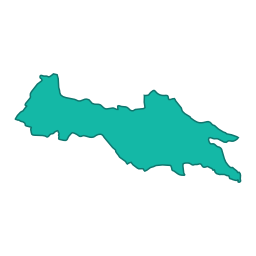 SVG path tracing the border of Sucumbios
{"feature_id": "ECU-1411", "entity_name": "Sucumbios", "entity_type": "Province", "adm_level": 1, "iso_a3": "ECU", "parent_name": "Ecuador", "parent_adm1": "", "projection": "orthographic", "projection_center": [-76.613, 0.009], "detail": "fine", "context": "isolated", "style": "filled", "palette": "teal", "viewbox_px": 256, "rotation_deg": 0, "n_neighbors": 0, "source": "natural_earth", "source_scale": "10m", "svg_char_len": 5041}
<svg xmlns="http://www.w3.org/2000/svg" viewBox="0 0 256 256"><path d="M53.6,73.9L57.1,74.7L58.2,78.7L58.7,87.5L59.5,90.3L59.8,92.7L60.7,94.9L62.9,96.6L65.8,97.6L74.7,99.4L76.2,100.0L77.4,100.6L78.7,101.0L80.5,100.9L84.7,99.3L86.2,99.1L87.3,99.3L89.0,99.8L92.2,103.4L94.7,104.2L98.0,104.3L99.0,104.4L100.4,104.9L101.2,105.5L103.1,107.3L104.5,108.4L105.7,108.8L106.9,108.9L112.7,108.0L113.7,108.1L116.7,109.4L117.9,109.4L117.7,106.1L118.8,105.7L121.6,106.5L125.7,106.9L126.9,107.3L128.2,108.2L130.4,110.3L132.0,110.8L133.2,110.7L135.3,109.5L143.6,108.6L145.0,107.6L144.2,102.1L144.4,95.9L144.3,95.4L145.1,95.5L146.9,95.4L147.8,95.2L148.6,95.0L150.6,92.5L151.1,92.1L151.5,91.8L153.0,90.7L154.0,90.4L154.8,90.8L157.1,93.2L158.7,94.3L160.3,95.0L162.1,95.4L164.1,95.5L166.0,95.4L166.9,95.5L167.6,95.8L168.1,96.7L168.5,98.9L169.0,99.5L170.5,99.5L172.6,98.8L174.4,98.6L175.2,99.8L175.6,100.8L181.2,107.8L181.6,108.9L182.0,110.5L182.9,111.8L184.9,113.7L190.0,116.8L190.7,118.0L194.0,120.4L196.3,121.7L197.7,122.3L199.3,122.7L201.2,122.8L203.1,122.6L206.6,121.8L208.2,121.6L209.9,122.2L211.2,123.4L212.2,124.6L213.1,125.1L214.6,125.6L218.5,129.1L223.3,132.0L225.3,132.7L226.9,133.9L231.5,134.8L236.8,136.7L238.3,137.6L237.3,138.9L235.5,140.2L234.4,140.7L233.3,141.1L232.0,141.2L229.1,140.8L228.5,140.8L226.2,142.3L224.1,142.1L218.2,139.0L217.1,138.7L215.9,138.7L214.5,138.8L213.2,138.6L211.7,138.0L210.2,137.6L209.0,138.0L208.5,139.4L208.9,141.3L209.7,142.9L210.4,143.7L211.2,143.9L213.0,143.8L213.8,143.9L214.8,144.5L216.6,146.1L217.6,146.7L219.4,147.2L220.7,148.1L221.6,149.3L224.3,158.7L225.8,162.2L228.2,165.4L229.7,166.9L230.7,167.5L231.5,167.6L232.6,167.5L233.0,167.8L233.4,168.3L236.6,170.8L237.0,171.2L237.4,172.1L237.7,172.5L238.1,172.6L238.9,172.2L239.3,172.4L240.2,173.8L240.5,175.4L240.3,178.6L240.3,179.3L240.5,179.9L240.6,180.5L240.5,181.3L239.7,182.1L238.4,182.1L238.2,182.0L238.0,181.5L238.2,180.5L238.1,180.2L237.8,180.0L237.3,180.3L236.7,180.4L235.7,180.4L232.8,179.6L231.5,179.0L230.7,178.8L230.1,178.7L229.6,178.2L229.4,177.4L229.1,176.6L228.8,176.0L228.4,175.7L227.1,175.6L226.4,175.4L225.5,174.9L224.5,174.5L220.8,174.4L220.2,174.5L219.5,174.5L216.8,173.7L215.9,173.0L215.4,172.4L215.0,171.9L214.8,171.3L214.7,170.5L214.5,170.0L214.2,169.8L213.3,170.2L213.0,170.2L212.8,169.7L212.6,169.3L212.1,168.8L211.1,168.2L209.3,167.4L208.4,166.8L207.6,166.5L206.8,166.6L206.0,166.9L204.8,167.2L203.8,167.2L202.8,166.7L202.3,166.1L201.6,165.0L201.2,164.4L200.4,163.9L199.8,163.8L198.9,164.0L198.1,164.3L197.1,164.5L195.1,164.5L194.4,164.6L193.6,164.9L192.9,165.0L191.9,164.7L191.0,164.1L189.8,163.4L188.3,163.0L185.6,163.0L184.2,163.3L183.2,163.8L183.0,164.7L182.9,166.0L183.7,172.8L184.1,173.8L184.5,174.4L184.7,174.8L184.5,175.1L184.1,175.3L183.1,175.2L181.2,175.1L179.3,174.6L177.5,173.6L174.1,171.1L172.4,170.4L172.0,169.8L171.6,167.8L171.2,166.7L170.8,165.8L170.4,165.4L162.5,164.9L156.1,165.5L155.3,165.8L153.6,166.6L150.9,167.4L150.2,167.7L146.8,170.2L144.8,171.1L144.0,170.3L143.4,169.0L142.1,168.7L138.8,168.8L137.2,168.0L132.9,164.7L131.1,162.3L129.1,162.9L127.3,164.0L126.3,162.8L126.0,162.1L125.2,161.2L120.6,157.9L119.6,157.1L119.2,156.5L118.9,156.0L118.1,154.8L117.4,154.0L115.8,151.7L115.7,151.2L115.6,150.4L115.5,150.2L115.2,149.7L112.6,147.5L104.1,137.3L103.3,136.0L102.7,135.3L101.6,134.5L100.4,134.2L98.2,134.5L97.0,135.0L95.8,135.6L94.8,136.3L93.6,137.0L91.8,137.3L89.8,137.2L85.1,135.9L83.7,135.6L82.3,135.9L81.5,136.3L80.5,136.4L79.5,136.3L77.1,134.6L74.8,133.4L73.4,132.9L72.3,132.7L71.1,133.6L68.9,136.1L68.2,137.2L67.4,139.0L66.9,139.7L66.3,140.1L65.8,140.4L64.9,140.4L63.5,140.3L59.6,139.4L58.9,139.1L58.7,138.6L58.7,138.0L58.8,137.5L58.9,137.0L59.0,136.6L58.9,136.1L58.6,135.4L58.6,135.0L58.7,134.6L59.0,134.2L59.1,133.7L59.0,133.4L58.8,133.0L58.4,132.4L58.2,131.5L57.8,130.9L57.3,130.7L56.4,131.1L55.2,131.8L54.8,132.0L54.5,132.2L54.2,132.5L53.9,133.0L53.4,133.4L52.6,133.7L51.2,133.9L50.2,134.4L48.5,136.3L47.6,136.9L47.0,137.0L46.1,136.5L45.1,136.0L42.7,135.5L34.5,135.2L32.9,135.0L31.8,134.2L31.3,132.6L30.8,129.9L30.8,129.0L30.8,128.7L31.0,128.4L31.2,128.1L31.3,127.9L31.3,127.6L31.3,127.4L30.5,127.0L26.8,126.1L25.8,125.7L25.4,125.4L25.3,125.1L25.2,124.2L24.9,123.4L24.6,123.0L24.2,122.6L23.0,121.9L22.6,121.7L22.3,121.6L21.9,121.6L20.7,121.2L18.6,120.0L18.4,120.0L18.0,120.1L17.9,120.1L16.8,119.7L15.8,119.4L15.6,119.3L15.4,119.2L15.4,118.9L17.5,115.4L20.4,112.3L21.6,111.5L22.0,111.4L22.4,111.2L22.7,111.0L23.0,110.8L23.4,110.3L25.0,108.1L26.0,106.9L26.3,106.7L26.6,106.4L26.7,106.1L26.5,105.8L26.3,105.7L26.1,105.6L25.8,105.6L25.6,105.5L25.4,105.4L25.3,105.2L25.2,105.0L25.2,104.5L25.7,103.4L28.4,100.1L30.2,97.9L30.5,96.9L30.3,95.8L30.3,95.1L30.4,93.7L30.9,92.7L31.6,91.5L37.3,84.2L38.0,83.6L41.1,81.3L41.7,80.7L42.0,80.2L41.9,79.9L41.8,79.5L41.6,79.1L41.2,78.7L40.3,78.0L40.1,77.5L40.0,77.0L40.1,76.1L40.4,75.7L40.6,75.5L41.0,75.4L41.5,75.4L42.2,75.6L43.5,76.0L44.2,76.1L46.5,76.1L47.0,76.2L48.6,76.9L50.0,76.5L53.0,74.3L53.3,73.9L53.6,73.9Z" fill="#14b8a6" stroke="#0f766e" stroke-width="1.5"/></svg>